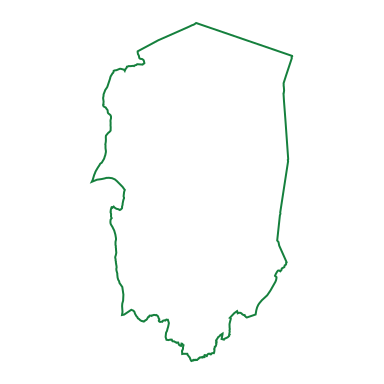 Kayonza, Eastern, Rwanda (Equal Earth projection)
{"feature_id": "39286606B59170295238138", "entity_name": "Kayonza", "entity_type": "district", "adm_level": 2, "iso_a3": "RWA", "parent_name": "Rwanda", "parent_adm1": "Eastern", "projection": "equal_earth", "projection_center": [30.553, -1.862], "detail": "fine", "context": "isolated", "style": "outline", "palette": "green", "viewbox_px": 384, "rotation_deg": 0, "n_neighbors": 0, "source": "geoboundaries", "source_scale": "gbopen_adm2", "svg_char_len": 5997}
<svg xmlns="http://www.w3.org/2000/svg" viewBox="0 0 384 384"><path d="M122.0,315.0L124.1,314.6L131.3,309.8L133.4,310.7L134.4,311.8L135.0,313.7L136.5,316.3L137.5,317.3L137.8,318.3L139.0,319.0L140.2,320.2L141.6,321.0L143.3,321.2L143.4,321.5L144.0,321.5L144.4,321.3L145.4,320.2L146.1,320.0L146.8,319.4L147.7,317.9L147.9,317.3L148.2,317.1L148.8,317.0L149.4,315.8L149.6,315.6L150.1,315.7L150.7,315.6L151.6,315.9L151.9,315.4L152.1,315.3L152.9,315.3L153.2,315.1L154.0,314.9L155.0,315.0L155.6,315.2L156.2,315.0L156.4,315.2L156.7,315.2L158.0,316.3L158.7,318.3L159.3,319.2L159.3,319.6L158.8,320.5L158.8,320.8L158.9,321.1L159.6,321.8L160.5,321.9L161.0,321.7L161.6,321.7L162.2,321.8L163.0,320.7L164.5,320.3L165.0,320.5L165.2,320.4L165.4,320.5L165.6,320.3L165.6,320.2L166.3,319.6L166.9,319.6L167.5,320.0L167.9,319.9L168.9,323.1L168.1,326.9L167.8,327.9L167.6,328.4L167.0,330.9L166.1,332.6L166.0,333.2L165.6,337.0L166.5,339.8L167.4,339.9L168.3,340.1L169.9,339.7L170.5,339.6L170.8,339.8L171.7,339.6L171.9,339.9L172.3,341.0L172.7,341.3L174.0,341.3L175.5,342.2L176.3,342.4L176.5,342.8L177.1,342.7L177.5,342.5L178.2,342.5L178.8,344.4L179.2,345.0L180.1,345.6L181.0,345.9L181.5,343.6L182.3,343.8L183.0,345.0L183.5,345.2L183.0,347.2L183.0,348.6L182.7,349.8L182.4,350.0L182.1,350.6L182.0,351.5L182.1,351.8L182.1,352.0L182.2,354.0L183.3,353.8L187.3,353.8L187.5,354.4L187.6,354.9L188.3,355.6L188.8,356.5L189.7,357.4L190.4,359.3L191.1,360.7L191.4,361.0L192.1,360.7L192.9,360.7L193.2,360.4L193.3,359.9L193.8,359.8L194.2,360.1L194.8,360.1L195.0,359.9L195.3,360.0L195.5,359.8L196.1,360.0L196.8,360.0L196.8,359.8L198.0,359.2L198.6,358.7L198.7,358.3L199.1,358.2L199.6,357.6L200.0,357.4L200.7,357.5L201.2,357.2L201.9,357.5L202.0,357.5L201.9,357.2L202.9,356.8L203.0,356.9L203.3,356.8L204.1,357.2L204.5,357.1L204.4,355.6L204.6,355.1L205.6,355.2L206.0,355.3L206.6,356.1L206.8,356.1L207.1,355.2L207.5,354.6L208.3,353.8L209.5,353.7L210.4,354.4L211.0,354.3L211.1,353.9L211.4,353.7L211.5,353.4L211.9,353.4L212.6,353.1L213.6,353.1L213.5,352.8L214.2,352.2L214.4,350.9L214.5,349.7L214.4,349.4L214.2,349.3L214.2,348.8L214.4,348.3L214.6,348.1L214.7,347.9L214.7,347.6L214.8,346.7L215.4,346.6L215.8,346.0L216.4,344.0L216.1,343.4L216.6,342.6L216.4,342.1L216.1,341.9L216.6,341.1L216.1,340.5L216.5,339.7L217.6,338.3L217.9,337.4L219.5,336.2L220.1,335.6L220.1,335.3L222.6,333.6L222.6,334.0L221.6,339.0L223.8,339.6L223.9,339.1L227.7,337.3L229.1,336.0L229.1,335.4L229.3,335.1L229.1,335.1L229.7,331.6L229.5,330.3L229.8,329.1L229.6,327.8L229.5,324.2L229.8,322.7L230.8,318.7L230.5,318.4L230.5,317.8L230.0,317.7L234.3,313.1L237.1,311.1L237.3,311.6L237.7,313.3L239.0,312.8L240.3,312.8L241.4,313.3L242.3,314.3L243.5,315.0L243.9,315.0L244.2,315.2L244.6,315.1L244.8,315.9L245.2,316.1L246.1,317.1L246.8,317.5L255.6,314.5L256.3,310.3L257.1,307.4L258.3,304.8L259.4,303.2L261.9,300.2L267.2,295.3L270.4,290.6L275.4,281.8L276.0,280.3L276.4,278.5L276.5,277.2L275.6,276.3L275.3,276.2L275.0,275.8L275.9,273.8L277.0,271.9L277.9,270.7L278.4,270.5L279.2,270.5L280.3,271.3L281.5,269.9L281.7,268.7L281.9,268.4L284.3,267.1L284.7,265.4L285.8,264.7L286.1,264.1L286.2,263.6L286.1,262.8L286.2,262.5L286.6,262.2L279.2,245.6L278.5,242.1L277.2,240.5L279.9,215.3L280.4,213.8L280.4,213.3L280.2,212.6L288.1,161.2L287.8,159.9L288.2,159.2L285.5,121.1L284.0,101.3L283.5,93.3L283.8,93.0L283.8,92.6L284.1,90.5L283.8,86.6L283.6,85.9L283.7,85.2L283.6,83.2L285.9,76.0L291.7,58.5L291.8,58.1L291.6,57.7L291.7,56.9L292.2,56.3L292.1,55.9L196.1,23.0L194.5,24.2L193.4,24.8L192.1,25.2L189.0,26.7L158.2,40.3L137.7,51.3L137.6,51.9L138.0,54.2L138.8,55.5L139.3,58.0L140.2,58.8L142.0,59.0L143.4,59.9L144.0,61.2L144.1,62.1L144.4,63.1L143.7,63.8L143.1,64.0L142.6,64.6L137.2,64.2L136.4,64.9L134.8,65.4L134.0,66.1L133.3,65.8L131.0,66.1L128.5,66.1L127.9,66.5L126.9,66.7L126.7,67.6L125.7,68.9L125.4,69.3L125.2,69.9L125.1,70.1L124.9,70.0L124.7,70.7L124.2,69.9L123.4,69.5L120.7,68.8L119.8,68.8L116.4,70.2L114.8,70.4L113.7,70.8L113.5,72.0L113.2,72.8L112.6,73.2L110.7,76.3L110.3,77.4L110.1,78.5L107.3,86.9L106.7,87.9L105.3,89.9L104.2,92.8L103.8,93.8L103.6,94.3L103.5,96.1L103.1,98.0L103.6,101.7L103.5,102.3L103.5,103.2L103.2,104.5L103.4,104.6L103.1,105.1L103.6,106.4L105.8,107.6L106.1,108.1L106.2,108.5L106.5,108.7L107.6,110.2L107.8,112.4L108.2,113.3L110.1,114.8L110.6,115.4L111.0,116.6L111.0,118.0L110.9,118.9L110.7,119.3L110.5,120.5L110.5,121.5L110.6,122.3L110.6,124.5L110.5,125.0L110.7,127.1L110.6,130.6L110.5,130.8L109.6,131.7L109.3,132.2L108.6,132.5L107.8,133.4L106.4,135.1L106.0,135.6L105.9,136.1L105.8,137.1L105.9,139.7L105.8,141.7L105.6,143.0L105.3,144.5L105.5,144.9L105.5,148.1L105.9,151.0L105.9,152.0L105.3,155.1L104.7,156.7L104.3,158.1L104.0,158.9L101.8,162.6L101.5,162.9L100.6,163.4L99.9,164.2L99.5,165.1L97.9,167.5L96.0,170.7L95.2,172.3L95.2,172.6L94.2,174.9L92.6,180.2L91.8,181.8L97.0,179.7L101.4,179.1L104.7,178.4L106.4,177.9L109.0,177.8L112.1,178.2L114.9,179.4L116.9,181.1L122.6,186.9L124.3,189.3L124.8,189.9L124.4,191.0L124.1,192.0L123.6,196.1L123.7,196.9L124.0,197.4L124.0,198.4L123.5,199.5L123.1,201.2L122.6,203.7L122.6,204.7L122.0,206.8L122.1,207.4L122.0,208.2L121.8,208.5L120.6,209.6L120.3,209.6L119.8,210.0L118.0,209.1L116.4,208.8L114.3,207.4L113.7,206.6L112.7,207.5L112.6,207.2L112.4,207.1L111.9,207.3L111.8,207.1L111.7,207.1L111.6,207.5L111.4,207.7L111.2,208.6L110.9,209.3L110.9,209.7L110.7,210.4L110.8,211.5L110.5,212.0L110.7,212.3L110.9,213.4L111.1,213.9L111.0,216.5L111.2,217.2L111.7,218.1L111.2,218.7L110.6,219.7L110.5,220.6L110.4,222.0L110.6,223.7L111.3,225.1L112.6,227.2L112.7,227.5L114.2,230.5L115.4,234.7L116.0,238.4L116.0,239.6L115.5,241.9L115.5,245.0L115.8,245.8L115.8,247.6L116.0,248.6L116.0,249.6L116.3,252.8L115.8,255.2L115.3,256.7L115.2,257.6L115.6,259.3L115.6,260.8L115.9,261.3L115.9,262.9L116.1,263.4L116.1,264.0L116.5,266.0L116.6,267.7L116.3,268.9L116.5,270.7L117.3,273.5L117.3,274.7L117.6,277.6L118.2,279.7L119.1,281.2L119.5,283.0L122.3,287.0L123.4,294.6L123.1,300.7L122.3,303.5L122.1,306.1L122.5,312.0L122.0,315.0Z" fill="none" stroke="#15803d" stroke-width="2"/></svg>